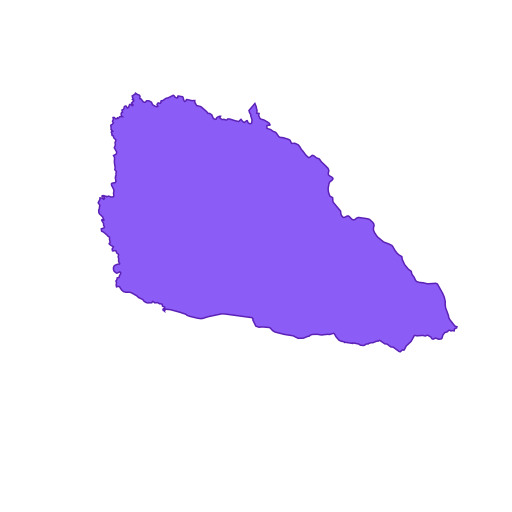 the district of Thyolo, Thyolo, Malawi, rotated 311°
{"feature_id": "42251766B18929072887304", "entity_name": "Thyolo", "entity_type": "district", "adm_level": 2, "iso_a3": "MWI", "parent_name": "Malawi", "parent_adm1": "Thyolo", "projection": "equal_earth", "projection_center": [35.104, -16.129], "detail": "fine", "context": "isolated", "style": "filled", "palette": "violet", "viewbox_px": 512, "rotation_deg": 311, "n_neighbors": 0, "source": "geoboundaries", "source_scale": "gbopen_adm2", "svg_char_len": 6054}
<svg xmlns="http://www.w3.org/2000/svg" viewBox="0 0 512 512"><g transform="rotate(311 256 256)"><path d="M141.2,171.0L142.4,171.7L143.3,173.0L142.2,176.6L142.2,179.4L143.2,181.5L145.7,184.3L146.5,186.1L147.7,192.0L147.6,194.7L148.8,198.9L148.4,201.3L148.7,203.4L149.5,205.0L152.3,208.0L153.8,207.8L154.2,208.3L154.2,210.3L156.2,212.3L156.8,214.9L157.2,215.1L158.0,216.8L156.8,218.3L157.5,220.1L157.4,220.8L156.1,221.8L155.6,220.6L154.6,220.9L154.2,221.3L154.3,223.0L154.5,222.7L156.8,223.0L159.5,226.9L163.7,235.7L166.0,241.3L166.0,242.8L166.9,245.4L170.5,252.3L172.3,255.2L173.7,256.6L179.2,260.0L190.0,268.2L192.0,270.8L206.8,293.4L206.6,295.1L205.7,295.5L202.8,302.2L203.0,302.0L204.2,305.0L206.7,307.4L210.5,312.6L211.0,313.7L210.6,317.7L211.1,320.3L215.5,329.0L220.1,336.3L221.5,341.8L225.1,345.7L229.3,347.8L230.3,348.7L231.9,348.9L233.8,350.0L237.1,353.6L239.3,357.2L243.9,361.4L245.1,363.1L248.5,365.2L248.7,366.2L247.5,369.5L246.9,374.0L247.6,376.3L249.1,378.8L248.8,379.5L249.5,380.1L253.5,386.4L254.1,386.3L256.9,391.2L257.2,393.3L258.9,395.8L259.8,396.4L262.4,397.2L263.0,398.3L264.1,398.5L265.7,399.5L267.4,401.2L270.8,402.9L272.1,404.2L273.5,404.6L274.2,410.8L275.5,412.7L275.8,417.3L277.2,419.4L277.8,426.5L278.1,427.3L278.5,427.8L281.2,428.0L281.7,429.0L282.3,429.5L286.7,428.4L293.1,429.1L299.8,427.7L300.7,428.5L301.2,429.7L305.5,434.0L306.6,436.2L308.5,437.2L308.9,437.7L309.5,441.0L309.0,442.9L309.1,443.6L309.5,444.3L311.9,445.4L313.0,448.5L315.1,450.3L316.0,450.3L318.9,448.9L322.1,448.7L324.0,450.0L326.6,450.4L327.3,451.4L327.3,452.3L328.6,453.2L329.5,454.7L331.3,453.6L333.3,454.6L334.5,454.0L333.8,452.9L333.7,451.5L335.1,444.2L335.7,442.4L337.5,440.0L341.3,433.1L343.3,430.8L345.9,428.6L348.5,425.0L350.2,421.5L353.9,411.3L353.3,409.5L347.6,403.8L345.3,399.4L343.3,396.7L342.2,394.3L342.1,393.5L342.4,392.2L343.7,389.3L344.6,385.5L346.3,383.1L346.0,379.7L347.0,373.8L349.1,369.2L350.1,367.6L351.0,366.9L351.2,366.3L350.6,363.1L350.7,360.4L351.4,357.1L352.9,352.9L353.1,351.6L352.3,348.5L350.3,343.1L350.1,335.6L350.4,333.7L351.5,329.9L352.7,327.6L354.4,326.1L356.3,325.3L357.5,323.8L358.0,322.0L358.1,317.7L357.4,315.9L352.4,308.1L351.0,307.2L348.1,306.6L347.2,305.9L346.6,304.1L347.0,300.6L346.8,299.4L346.0,298.6L343.3,297.5L342.5,296.6L342.3,295.3L343.1,292.9L345.4,290.3L347.1,279.5L347.6,278.3L350.3,275.6L349.7,272.3L351.9,268.6L354.3,266.1L358.7,263.5L360.7,263.1L362.7,263.7L364.7,263.5L365.1,263.1L365.3,261.8L364.7,258.6L364.9,257.3L366.1,256.1L368.1,255.1L369.1,253.6L369.5,252.4L370.0,243.3L370.8,240.1L369.7,237.2L369.6,233.9L368.9,232.4L365.3,231.7L364.7,230.6L364.9,227.2L365.9,222.7L366.1,220.6L367.3,216.9L367.6,214.9L366.6,211.4L364.6,209.3L364.4,208.7L365.7,205.8L365.4,204.0L363.1,198.8L361.2,196.1L361.1,194.7L362.2,190.3L362.0,188.9L361.3,187.3L361.0,183.9L359.9,181.7L359.6,180.4L361.3,178.8L362.3,179.1L363.5,180.4L364.0,180.6L364.4,180.3L364.9,178.4L364.6,176.4L363.8,172.5L362.6,170.1L362.4,168.8L363.7,165.9L365.6,164.8L364.3,162.8L366.7,161.2L367.6,159.6L368.7,158.4L370.4,155.1L361.2,155.2L359.9,157.2L359.4,159.0L358.4,160.0L356.2,163.6L353.7,165.4L352.7,165.4L351.8,164.6L351.3,162.8L352.4,160.6L352.0,160.2L349.0,159.5L348.8,157.6L349.3,155.0L346.2,154.7L344.7,152.1L342.2,146.4L341.0,144.8L339.6,144.7L338.8,143.9L338.1,142.1L336.8,141.1L336.4,138.5L336.7,137.9L338.2,137.6L337.9,137.1L336.5,136.2L334.5,135.6L333.1,136.1L332.3,135.5L332.0,134.2L332.1,132.9L333.5,130.1L333.2,127.5L332.1,126.1L332.6,124.1L332.6,117.1L332.3,115.8L330.6,112.5L331.9,108.9L333.2,107.8L331.2,105.7L328.8,101.2L328.4,100.9L326.9,101.3L325.9,100.9L326.0,99.6L327.7,97.1L328.0,96.5L327.9,95.9L325.7,92.2L325.0,92.3L324.2,93.1L323.3,92.6L322.8,90.7L323.2,88.8L323.0,88.1L317.7,85.9L315.9,84.6L311.9,83.6L311.1,82.7L310.6,82.6L309.4,83.5L308.5,83.6L307.4,81.8L306.9,81.6L305.4,81.9L304.7,83.6L304.2,83.7L303.4,82.9L302.9,81.8L302.4,79.2L302.4,78.5L303.5,76.2L303.0,73.7L302.0,72.2L301.2,71.5L299.7,71.7L298.8,71.0L298.4,69.9L299.1,66.1L298.6,64.9L300.4,63.7L300.9,62.6L300.2,60.8L299.8,58.2L299.0,58.5L295.5,57.6L295.4,58.2L294.5,58.9L294.1,60.1L293.0,60.1L293.3,61.4L293.0,62.0L289.9,61.7L289.3,64.1L288.8,64.3L288.3,64.0L288.2,62.0L287.4,61.2L284.6,62.3L283.6,62.1L283.2,61.7L283.9,60.0L283.8,59.3L282.5,58.6L280.1,59.8L278.2,59.1L276.8,60.9L275.8,60.5L274.8,60.9L273.5,62.4L273.5,63.7L271.8,61.8L269.8,61.7L269.3,61.4L269.4,60.8L268.0,60.7L267.3,59.7L267.6,58.4L267.3,57.8L267.0,57.3L266.5,57.3L266.3,58.0L265.1,58.9L263.6,59.2L263.2,59.7L263.0,61.0L261.5,61.2L259.4,60.6L257.2,63.1L256.3,63.6L256.3,65.6L256.1,66.1L255.3,65.3L254.4,65.6L254.0,66.8L252.8,67.8L252.6,68.4L253.0,68.8L252.9,69.5L251.9,71.1L251.6,74.3L249.1,75.2L247.6,76.9L246.7,77.4L244.7,78.0L243.1,82.6L242.6,83.0L240.8,83.6L238.4,82.5L237.4,84.8L233.9,87.5L230.1,91.9L228.5,92.8L228.1,95.3L226.7,95.9L225.0,97.5L224.0,97.6L223.3,98.5L222.7,98.5L220.5,101.3L219.1,101.6L216.5,99.6L215.5,99.6L214.4,101.0L213.3,104.0L212.1,106.0L210.1,107.1L208.0,109.3L207.0,109.5L205.4,107.9L204.6,105.6L202.8,104.4L202.8,103.7L202.1,102.9L201.8,101.6L200.6,100.4L200.1,100.5L200.1,101.1L200.9,102.0L200.8,102.6L200.1,103.9L199.6,104.0L198.8,103.6L199.1,103.1L199.0,102.4L197.5,100.1L196.2,101.1L192.7,101.9L191.7,105.1L190.7,105.4L189.0,106.7L187.5,107.1L185.5,109.1L185.1,110.3L184.9,114.6L183.5,117.3L183.1,117.7L182.7,117.3L182.5,116.0L182.0,115.9L181.6,116.4L180.6,119.5L179.0,121.1L178.7,122.3L178.3,122.7L177.3,122.8L175.0,121.4L173.4,123.2L174.0,125.0L174.1,129.6L173.8,130.9L174.1,133.2L172.4,134.5L170.6,137.0L170.2,137.2L169.2,136.9L168.8,137.3L168.8,139.2L169.4,142.4L166.9,142.8L165.8,144.2L165.9,144.8L167.3,145.7L167.9,146.8L167.8,147.4L166.9,148.9L167.1,150.9L166.8,151.5L164.9,152.5L163.9,154.1L161.7,155.9L160.8,158.1L160.3,158.2L158.6,156.7L156.6,155.7L155.1,155.5L153.6,156.1L152.3,157.3L151.4,158.9L151.4,161.0L151.7,162.2L152.1,162.5L154.7,163.6L154.6,164.9L154.2,165.3L151.2,166.0L150.3,166.6L149.8,166.6L148.5,165.6L146.7,166.6L145.2,166.7L144.3,168.3L142.4,169.4L141.2,171.0Z" fill="#8b5cf6" stroke="#5b21b6" stroke-width="1.5"/></g></svg>